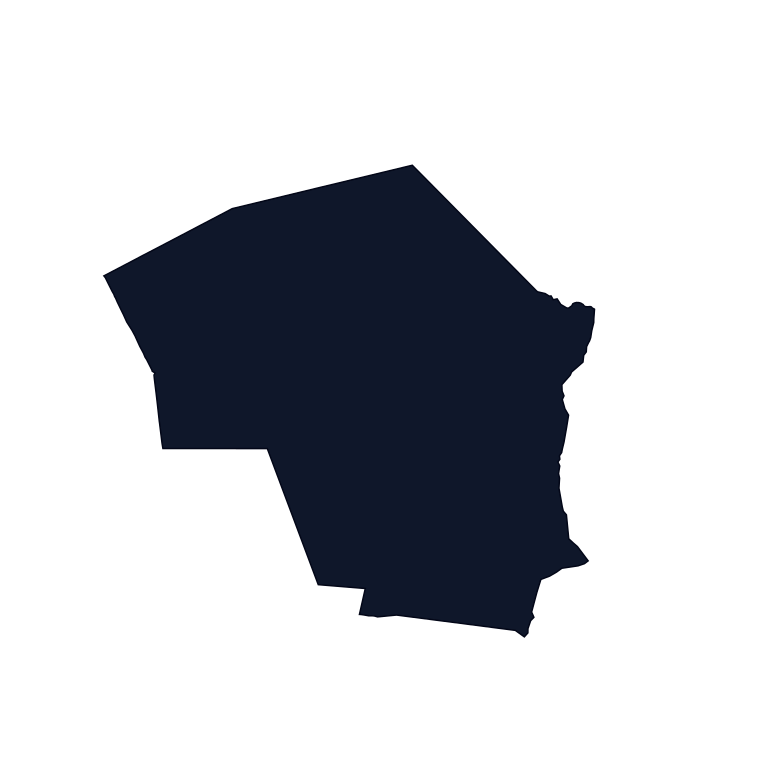 the district of Pinotepa de Don Luis, Oaxaca, Mexico, rotated 314°
{"feature_id": "50627088B98184745232294", "entity_name": "Pinotepa de Don Luis", "entity_type": "district", "adm_level": 2, "iso_a3": "MEX", "parent_name": "Mexico", "parent_adm1": "Oaxaca", "projection": "equal_earth", "projection_center": [-97.962, 16.403], "detail": "fine", "context": "isolated", "style": "filled", "palette": "ink", "viewbox_px": 768, "rotation_deg": 314, "n_neighbors": 0, "source": "geoboundaries", "source_scale": "gbopen_adm2", "svg_char_len": 1779}
<svg xmlns="http://www.w3.org/2000/svg" viewBox="0 0 768 768"><g transform="rotate(314 384 384)"><path d="M267.2,107.4L266.9,109.7L264.9,115.3L261.8,124.1L260.9,127.3L259.8,129.5L259.4,131.1L257.7,135.2L253.6,146.4L253.2,147.6L249.9,155.9L247.6,165.4L245.5,172.0L245.3,172.4L241.4,182.3L239.2,189.2L239.1,189.5L237.3,193.6L236.7,196.3L232.9,207.2L232.2,208.4L232.9,211.8L230.7,212.3L228.3,215.1L218.5,227.2L211.6,235.6L202.8,246.2L201.2,248.1L199.8,249.9L191.8,259.8L187.1,265.6L186.8,266.0L184.0,269.8L256.5,344.9L194.0,476.1L223.9,512.6L201.2,526.4L202.3,527.7L204.1,530.2L206.7,534.1L209.0,536.4L210.5,538.3L212.0,541.1L213.6,542.5L226.5,553.5L298.0,649.6L299.6,660.6L304.9,660.4L308.0,657.5L315.6,653.9L320.3,653.9L322.5,648.6L332.2,643.2L340.3,638.7L346.4,635.6L352.4,632.6L360.9,636.6L368.7,638.8L375.0,639.9L388.0,649.9L394.0,653.0L398.6,653.7L401.4,636.2L401.1,630.3L401.0,624.4L416.6,606.1L417.1,601.3L419.3,597.8L430.6,582.2L438.2,575.7L440.8,571.8L443.9,569.6L447.1,567.4L448.7,563.3L452.0,562.8L454.2,560.1L458.1,559.4L461.0,557.5L467.3,553.8L479.6,545.5L489.8,538.4L491.8,531.4L496.7,523.0L500.5,521.7L502.6,517.1L507.1,512.4L519.8,511.8L522.9,510.6L538.0,511.9L543.4,507.7L547.6,507.2L551.6,503.8L555.8,502.4L557.8,501.9L560.9,500.5L566.7,496.4L573.9,492.2L576.7,489.6L584.0,483.5L583.9,482.4L583.3,482.1L583.5,479.6L582.9,478.5L581.2,477.0L579.6,475.2L579.2,473.5L579.5,472.1L578.9,469.4L577.9,467.6L576.3,465.8L574.5,464.7L572.8,464.1L570.7,464.8L568.9,464.4L567.2,464.2L566.1,463.3L565.6,462.5L564.0,455.9L565.5,449.4L562.2,447.2L563.3,443.3L563.4,443.0L562.0,441.8L561.0,437.1L557.0,430.4L556.9,428.7L561.0,252.4L483.4,203.0L404.7,153.0L370.6,141.7L323.2,126.0L308.6,121.1L300.9,118.6L267.2,107.4Z" fill="#0f172a" stroke="#020617" stroke-width="1.5"/></g></svg>